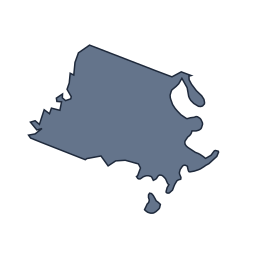 Madison, Louisiana, United States of America (Albers equal-area conic projection), rotated 21°
{"feature_id": "52423323B38488721572151", "entity_name": "Madison", "entity_type": "district", "adm_level": 2, "iso_a3": "USA", "parent_name": "United States of America", "parent_adm1": "Louisiana", "projection": "albers", "projection_center": [-91.092, 32.342], "detail": "fine", "context": "isolated", "style": "filled", "palette": "slate", "viewbox_px": 256, "rotation_deg": 21, "n_neighbors": 0, "source": "geoboundaries", "source_scale": "gbopen_adm2", "svg_char_len": 2479}
<svg xmlns="http://www.w3.org/2000/svg" viewBox="0 0 256 256"><g transform="rotate(21 128 128)"><path d="M57.0,107.0L57.2,113.7L63.8,119.1L64.1,121.3L59.9,124.8L55.9,123.4L54.7,119.7L50.4,125.8L52.1,128.7L56.6,127.4L58.1,135.9L49.4,136.9L49.6,142.8L43.2,141.0L44.0,156.4L38.7,154.5L34.8,157.5L43.6,162.5L47.9,159.3L43.4,166.8L37.7,170.3L40.7,172.3L52.4,172.5L99.5,172.9L100.5,171.3L112.8,163.8L123.0,170.5L128.3,163.1L137.0,159.1L150.6,157.8L154.0,160.9L154.1,169.2L153.3,170.2L155.2,171.6L156.0,171.6L156.3,171.7L157.6,171.2L159.8,168.0L162.0,166.1L164.3,165.2L166.7,165.0L167.8,165.4L170.4,167.8L172.2,165.8L172.7,164.8L173.1,162.7L173.5,161.5L174.5,160.5L176.6,160.1L177.9,160.4L180.0,161.3L181.4,162.1L184.6,165.3L185.6,166.0L186.5,166.3L185.9,169.6L186.3,173.5L186.6,174.3L187.2,174.6L188.1,174.6L188.8,174.4L189.6,174.0L189.9,173.7L191.8,170.0L191.8,165.3L191.9,163.6L192.6,159.7L193.8,158.2L195.4,157.1L195.6,156.8L195.1,155.1L192.8,152.7L192.4,152.2L191.9,151.0L191.6,147.9L192.5,144.2L192.8,143.5L193.7,142.6L194.2,142.4L195.0,142.2L197.0,142.4L197.3,142.6L197.8,143.6L199.4,145.9L200.1,146.6L200.5,146.9L201.5,146.8L205.3,144.5L208.5,141.9L210.2,140.3L213.1,136.4L213.9,135.1L216.3,132.3L221.1,122.7L221.2,118.0L220.5,117.3L217.5,117.7L216.7,118.6L215.2,123.8L212.4,127.3L211.2,128.6L208.8,127.8L205.0,126.9L202.8,126.6L199.6,126.6L190.9,124.7L189.0,124.0L187.2,122.8L186.3,121.3L186.0,120.5L186.0,119.4L187.0,115.0L188.2,113.0L188.7,111.6L188.9,110.1L188.8,107.8L192.5,106.4L194.2,105.2L195.1,104.4L196.0,103.2L196.4,102.3L196.5,101.1L196.3,98.1L196.2,97.6L195.8,96.8L195.5,96.3L193.0,93.9L191.7,93.2L188.9,92.6L187.5,92.9L185.9,94.3L182.7,96.0L180.0,98.0L179.1,98.2L172.7,96.7L168.0,94.5L164.9,92.8L161.2,90.1L157.5,85.8L156.6,84.5L155.5,82.2L155.2,78.4L155.3,76.7L158.0,71.9L159.5,68.5L160.5,62.3L168.8,69.2L173.3,76.7L174.7,78.2L176.8,79.8L180.6,81.5L186.0,82.5L188.2,81.9L189.7,80.7L190.7,78.1L190.3,76.7L188.6,74.0L185.2,71.5L178.5,68.7L171.6,64.4L167.8,61.1L166.3,57.7L168.1,56.4L157.6,56.5L150.7,64.5L132.6,64.6L103.5,64.5L62.4,64.4L54.8,75.6L55.0,85.7L58.4,98.0L54.4,97.6L57.0,107.0ZM178.8,199.5L179.9,199.3L181.8,198.5L182.5,198.0L184.0,196.1L185.5,193.2L185.9,192.3L186.1,191.2L185.6,187.7L182.7,186.5L180.4,185.9L178.5,184.2L175.8,182.0L173.5,180.8L171.5,181.1L171.1,183.1L172.0,185.5L173.7,187.6L174.0,189.9L173.5,191.5L173.2,191.9L172.7,198.3L173.0,198.5L174.9,199.2L176.6,199.6L178.8,199.5Z" fill="#64748b" stroke="#1e293b" stroke-width="1.5"/></g></svg>